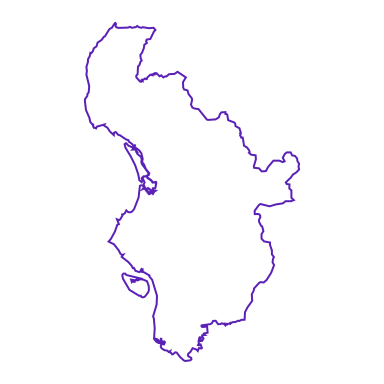 the district of Muisne, Esmeraldas, Ecuador
{"feature_id": "8360857B78809265584676", "entity_name": "Muisne", "entity_type": "district", "adm_level": 2, "iso_a3": "ECU", "parent_name": "Ecuador", "parent_adm1": "Esmeraldas", "projection": "albers", "projection_center": [-79.984, 0.54], "detail": "fine", "context": "isolated", "style": "outline", "palette": "violet", "viewbox_px": 384, "rotation_deg": 0, "n_neighbors": 0, "source": "geoboundaries", "source_scale": "gbopen_adm2", "svg_char_len": 6011}
<svg xmlns="http://www.w3.org/2000/svg" viewBox="0 0 384 384"><path d="M153.6,27.8L148.9,28.2L142.9,27.2L141.3,27.8L138.9,27.2L137.2,26.0L135.8,27.1L131.9,27.8L130.0,26.8L128.0,27.6L118.4,27.9L116.2,27.2L115.5,25.7L116.0,24.0L115.4,23.0L114.7,23.3L112.0,27.7L109.4,29.1L104.9,36.4L104.0,36.7L101.6,39.9L97.6,42.6L96.5,46.4L93.8,48.3L92.8,51.3L91.4,53.1L90.4,52.8L89.7,56.3L88.0,59.2L87.9,62.2L86.4,66.9L86.9,70.9L86.4,74.6L89.2,86.0L88.7,92.5L87.5,93.8L87.3,95.9L85.0,99.2L84.9,100.8L86.0,110.1L89.4,117.8L90.2,121.8L92.3,124.4L92.9,124.6L93.5,123.8L93.0,125.7L93.7,127.6L93.2,128.1L94.5,127.6L96.0,128.4L96.9,126.6L104.4,124.5L103.8,125.4L107.5,127.8L109.9,131.5L113.8,135.1L114.0,132.8L115.7,132.0L118.3,134.9L120.0,135.3L126.1,139.5L128.4,140.1L128.7,141.5L132.2,144.1L133.8,146.3L135.5,144.6L134.3,146.7L139.2,150.4L141.3,153.1L142.7,158.8L142.1,162.2L143.9,164.3L145.9,169.1L149.3,173.3L148.8,174.9L147.0,176.1L147.2,177.3L151.2,180.1L153.0,182.4L155.8,181.9L156.2,182.3L156.3,183.0L155.4,187.9L154.9,188.4L153.1,188.6L153.1,191.3L151.4,191.6L152.8,193.4L154.4,191.1L155.3,190.6L155.7,190.7L154.3,191.6L152.9,194.0L151.0,192.4L150.0,193.1L150.2,194.6L149.9,193.8L149.0,194.2L144.4,188.4L142.7,189.1L143.7,187.7L143.0,185.4L140.6,185.4L139.9,185.9L138.6,197.5L134.1,209.1L131.9,211.7L129.9,212.4L128.2,212.1L126.3,210.4L125.0,213.0L123.3,214.4L122.1,214.5L122.4,215.6L120.2,219.4L119.1,220.1L117.0,219.3L118.9,224.2L117.3,224.7L115.0,231.4L110.9,238.9L108.6,241.6L114.0,244.3L118.8,250.5L120.3,253.6L121.9,255.0L123.3,254.6L121.7,256.9L128.2,261.9L131.6,265.7L132.8,268.1L133.9,267.9L135.5,270.8L139.1,272.1L141.2,270.6L142.4,270.8L142.4,269.6L141.6,270.0L141.2,269.4L142.2,268.2L141.4,269.6L142.6,269.5L142.7,270.8L141.1,270.9L140.6,271.6L143.9,272.2L149.5,275.5L149.4,276.5L152.2,279.9L157.0,295.8L156.6,304.7L153.1,316.4L153.9,318.7L154.7,328.3L154.1,338.2L157.7,339.5L160.2,342.5L163.6,344.2L164.4,342.0L161.4,341.8L160.7,341.3L160.7,339.2L161.4,338.0L161.2,341.4L164.1,341.4L164.9,342.4L164.0,344.4L161.4,344.0L160.7,346.4L161.5,348.2L164.2,350.1L167.1,350.6L168.7,351.9L169.8,351.3L169.3,352.2L170.9,352.6L172.0,354.3L173.1,354.2L175.2,352.3L176.7,352.6L180.0,356.9L183.8,360.4L185.4,361.0L190.3,360.3L191.4,359.4L191.2,357.8L188.4,356.3L187.9,355.2L188.3,353.7L190.5,351.8L192.6,348.2L196.6,349.6L197.8,351.0L198.9,348.1L201.3,348.5L201.9,348.0L200.6,344.5L199.1,345.4L198.0,345.0L199.0,343.5L198.5,341.5L199.4,337.6L199.9,337.2L200.9,337.8L200.2,341.0L202.1,340.9L203.5,338.5L202.1,336.4L202.2,335.3L204.9,335.0L203.6,334.1L203.9,333.5L207.6,332.7L207.1,326.6L202.4,327.0L201.5,326.4L201.6,325.4L210.4,324.1L211.9,323.2L213.1,320.9L215.7,320.8L218.1,324.2L220.4,324.1L221.8,323.3L222.9,323.8L224.9,323.5L225.2,323.9L224.6,324.6L225.5,325.5L226.6,324.0L227.2,324.4L227.7,323.8L229.5,323.8L229.1,322.9L230.1,323.7L230.5,322.8L231.1,323.1L232.4,322.2L235.4,322.0L238.2,320.7L239.4,321.0L241.2,319.9L244.6,319.7L245.0,312.2L247.4,307.5L252.2,300.8L251.8,294.3L253.7,290.7L254.1,288.4L259.1,282.9L260.6,282.1L263.7,282.5L266.6,280.0L271.2,272.7L274.1,265.0L272.6,262.5L272.9,259.2L273.9,257.1L271.9,254.3L271.9,250.5L270.0,244.8L270.0,242.5L264.1,241.4L261.6,238.8L261.5,234.3L263.4,231.1L262.2,226.5L261.1,225.8L259.1,221.9L259.0,219.9L260.3,217.2L260.2,215.7L259.5,214.5L257.9,214.0L254.8,214.1L254.6,210.9L258.8,205.1L260.5,204.0L269.6,206.3L275.6,204.5L282.7,203.4L285.6,201.2L291.0,201.2L293.8,200.1L291.4,197.8L291.4,190.4L289.3,188.4L289.5,184.4L286.7,184.0L285.8,182.4L290.7,177.7L293.0,174.5L296.5,172.3L299.1,169.4L298.5,166.7L299.1,163.8L297.4,161.0L297.1,158.4L294.9,155.9L292.1,155.4L290.7,152.4L286.8,152.4L284.8,153.9L282.8,157.8L284.6,161.3L282.7,162.1L279.4,160.7L273.4,160.7L268.0,167.1L265.9,171.1L261.7,171.4L258.9,168.3L254.1,167.8L253.8,166.4L255.9,159.3L255.6,155.3L251.1,154.7L249.0,152.8L249.7,152.1L249.0,150.1L246.9,147.4L244.0,145.7L243.0,138.8L242.6,137.5L241.3,137.7L240.1,135.3L240.7,134.1L240.1,133.3L240.8,132.7L239.4,128.2L235.6,126.2L235.1,123.4L234.1,122.4L228.2,120.2L227.3,114.9L226.6,114.0L225.4,113.9L225.4,112.1L221.3,112.4L220.0,114.1L218.8,117.4L215.6,119.4L208.2,119.9L206.9,119.6L198.5,109.1L194.3,108.5L192.3,107.4L191.0,104.7L192.1,99.9L191.8,98.2L188.6,94.2L187.5,90.4L184.1,89.5L183.2,87.5L183.0,82.1L185.9,77.4L177.5,71.8L174.5,73.9L169.0,74.2L166.4,76.5L165.4,76.3L163.3,77.4L161.3,75.3L159.6,76.3L156.6,73.3L156.0,73.8L155.0,73.0L154.0,73.6L154.2,74.5L152.5,74.3L152.5,75.3L150.3,74.7L147.3,77.5L147.0,78.8L146.1,79.2L145.0,78.5L143.4,79.7L142.3,79.7L142.6,81.1L141.4,80.6L141.2,81.7L140.1,81.6L136.3,77.3L136.3,75.6L137.6,74.2L138.0,66.6L139.4,65.1L140.5,61.7L141.7,60.7L140.6,57.9L140.4,54.8L142.0,52.8L143.8,48.3L144.3,44.8L146.9,42.9L146.1,41.3L146.6,39.6L150.3,39.0L153.9,31.6L155.4,30.0L153.6,27.8ZM126.4,275.0L125.2,273.6L123.4,273.6L122.4,274.8L122.5,276.8L123.2,279.1L129.5,289.9L139.0,295.7L140.9,295.8L141.1,296.7L142.9,297.4L144.8,296.7L148.1,292.5L148.9,290.1L148.7,285.8L147.0,281.2L141.2,278.8L141.2,279.4L139.5,279.2L138.4,280.2L137.7,280.4L136.7,279.6L135.1,280.6L131.5,280.0L132.0,281.7L132.7,280.7L133.1,280.5L134.2,280.7L134.8,281.4L134.6,281.9L133.6,281.7L134.5,281.2L133.0,280.7L131.8,281.9L131.1,279.6L135.2,280.3L136.7,279.3L138.0,280.1L140.6,278.5L126.4,275.0ZM132.8,147.5L128.5,145.7L126.1,143.2L124.6,144.2L125.4,147.6L130.7,156.3L135.2,165.3L138.2,174.2L139.4,180.3L141.7,182.2L142.4,180.2L141.7,178.2L143.6,176.3L145.2,176.4L147.7,175.2L148.7,173.4L141.9,164.0L141.3,161.9L141.7,159.2L141.0,157.0L137.1,153.6L136.8,152.1L135.3,151.3L136.9,151.6L135.5,149.6L132.7,149.6L133.8,148.7L132.8,148.2L132.8,147.5ZM146.7,176.3L143.9,176.6L142.5,178.0L144.6,182.3L143.6,184.8L145.5,188.6L146.4,188.9L148.1,188.0L152.4,191.3L152.8,188.3L154.9,188.2L155.5,187.5L156.1,182.4L152.6,182.6L151.0,180.4L147.3,177.9L146.7,176.3ZM149.4,192.6L150.9,191.4L150.8,190.4L148.6,188.8L147.3,188.6L146.2,190.0L149.4,192.6ZM157.1,339.6L154.7,339.7L156.1,341.5L158.5,343.0L160.1,343.2L157.1,339.6Z" fill="none" stroke="#5b21b6" stroke-width="2"/></svg>